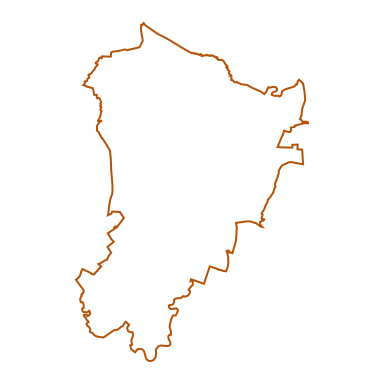 the district of Reghin, Mures, Romania
{"feature_id": "2599482B84925719631969", "entity_name": "Reghin", "entity_type": "district", "adm_level": 2, "iso_a3": "ROU", "parent_name": "Romania", "parent_adm1": "Mures", "projection": "albers", "projection_center": [24.684, 46.767], "detail": "fine", "context": "isolated", "style": "outline", "palette": "amber", "viewbox_px": 384, "rotation_deg": 0, "n_neighbors": 0, "source": "geoboundaries", "source_scale": "gbopen_adm2", "svg_char_len": 5844}
<svg xmlns="http://www.w3.org/2000/svg" viewBox="0 0 384 384"><path d="M156.1,353.5L155.9,350.5L156.2,349.1L158.3,346.4L160.0,345.7L161.8,345.5L164.3,345.9L168.0,346.0L169.4,345.6L170.3,344.5L170.3,342.4L168.5,338.4L168.3,337.1L168.4,336.0L169.3,335.0L170.9,334.8L170.9,331.1L169.9,328.6L169.7,327.3L169.7,325.8L170.1,323.7L171.3,319.0L172.2,317.4L172.6,315.9L173.2,315.4L175.8,315.4L177.7,311.4L177.8,310.5L177.5,309.3L176.1,308.3L172.4,309.1L170.6,309.0L168.8,306.9L168.8,306.1L169.1,305.4L169.9,305.0L171.9,304.8L172.9,304.3L174.1,302.1L174.1,299.7L175.0,298.9L177.3,298.2L180.2,298.2L182.1,297.2L183.2,296.1L185.0,296.6L187.4,295.9L188.8,294.8L189.8,292.7L189.9,291.3L189.8,290.7L188.6,289.7L190.5,287.2L192.8,284.8L192.7,281.0L192.4,280.2L190.6,281.1L191.0,279.2L203.9,283.8L209.8,266.4L218.1,269.1L218.4,269.6L219.0,269.9L221.4,270.1L222.4,270.8L226.1,271.3L227.8,266.8L228.3,263.5L228.2,257.2L227.4,253.7L226.5,251.0L227.7,250.5L228.6,250.8L229.1,251.2L229.0,252.4L229.2,252.6L229.6,252.7L230.3,252.3L232.4,253.2L235.8,241.5L236.3,236.2L236.8,227.4L236.0,222.9L246.6,221.4L250.1,221.4L256.3,223.3L260.7,226.6L262.1,226.9L261.3,226.1L260.3,224.5L260.1,222.0L260.9,221.7L262.0,220.7L263.3,220.7L263.7,220.3L264.2,219.4L263.2,218.9L262.2,219.4L261.6,218.6L261.6,218.1L262.7,214.6L261.8,213.9L261.6,213.4L264.5,208.7L265.0,207.0L265.7,205.3L267.3,202.4L268.0,199.4L269.8,197.8L273.3,192.4L274.1,189.5L274.8,187.6L275.5,186.7L275.4,185.6L275.0,184.9L275.2,182.8L276.0,180.9L276.5,180.6L276.4,180.2L277.9,176.3L277.6,176.0L277.7,175.6L278.6,174.1L278.8,170.8L281.0,166.7L282.2,165.3L289.0,162.3L290.6,162.0L303.1,164.3L302.2,149.7L297.5,149.3L297.6,144.6L292.4,144.8L292.3,147.6L281.7,147.4L277.6,147.0L282.0,136.3L282.8,135.2L283.0,134.1L283.6,133.0L283.6,131.4L284.0,130.6L287.3,131.7L289.9,132.1L290.4,131.7L290.7,130.7L291.2,130.4L290.8,127.5L294.4,127.0L294.5,126.3L295.4,126.1L295.3,125.5L304.4,123.2L308.0,123.2L307.9,122.3L305.6,121.5L302.5,121.9L301.3,119.9L300.0,119.3L301.5,115.1L302.2,108.7L305.2,100.2L304.4,90.9L303.2,84.3L302.7,83.6L302.9,83.4L299.1,79.7L297.6,81.4L297.5,83.1L296.8,84.5L296.0,84.3L295.4,85.5L293.8,86.7L286.2,89.0L284.2,89.8L282.1,91.4L281.5,94.5L280.6,95.8L279.4,96.5L278.1,95.8L274.7,95.9L271.8,94.9L271.7,94.0L272.2,92.8L273.4,92.0L276.0,91.3L277.0,90.0L276.9,88.7L275.8,87.2L275.3,87.0L273.1,86.9L269.4,87.7L268.3,87.3L266.6,91.0L264.3,94.1L260.7,91.5L252.7,88.0L248.8,86.1L247.5,85.0L240.9,84.2L239.1,83.1L237.6,82.6L236.9,81.9L236.2,82.3L234.9,82.4L232.4,80.1L231.4,80.2L231.2,79.7L231.6,78.0L231.1,76.7L231.3,75.9L230.1,75.8L230.7,75.2L230.6,74.7L229.2,73.7L228.9,72.9L228.9,72.4L229.4,71.8L229.4,71.1L227.7,69.9L227.5,69.5L227.8,68.6L226.2,67.4L226.3,67.1L227.4,66.8L227.4,66.2L226.7,65.3L225.4,64.4L223.9,61.5L223.0,60.6L221.2,59.7L219.0,60.0L218.0,59.7L217.6,59.4L217.6,58.9L217.0,58.4L217.6,58.2L217.2,57.2L216.7,57.1L216.1,57.6L215.3,56.7L214.3,56.8L213.4,55.7L212.3,55.8L211.8,55.3L211.1,55.3L210.3,55.9L209.9,55.5L209.0,55.7L208.7,55.3L207.3,55.3L206.6,54.7L205.7,55.4L203.0,55.5L202.8,56.0L202.1,56.1L201.8,56.0L202.1,55.5L201.9,55.1L201.4,55.1L201.1,54.6L200.7,54.7L200.4,54.2L199.6,54.8L199.4,54.4L198.1,54.6L197.6,54.0L196.1,53.8L195.9,53.4L194.8,53.9L194.1,53.2L191.4,53.0L184.3,49.1L167.5,38.9L157.5,33.8L145.8,25.6L144.7,24.6L143.7,23.1L143.4,23.0L142.4,25.1L141.2,24.9L141.1,27.2L140.9,28.4L141.6,34.1L142.8,40.6L139.5,47.2L128.1,50.0L127.3,50.1L124.5,49.5L119.3,50.8L112.2,51.8L111.2,52.6L110.8,56.6L102.0,56.4L101.8,57.9L101.4,58.3L100.2,57.5L99.2,58.0L98.8,59.3L97.9,61.2L95.7,62.7L95.9,63.6L97.6,64.3L97.0,65.9L95.5,67.1L94.4,69.5L92.8,71.2L91.6,73.1L89.9,74.3L89.2,74.3L88.5,74.8L88.5,75.7L89.1,76.7L89.3,77.6L87.4,79.0L86.9,81.0L86.5,81.3L84.9,81.3L84.6,81.7L84.8,83.9L83.4,85.2L86.4,86.2L86.4,86.5L92.7,88.1L93.4,90.2L94.2,94.9L96.8,94.9L96.7,97.2L97.0,98.1L97.5,98.5L98.7,97.8L99.1,98.0L99.8,98.9L100.7,101.0L101.1,102.3L100.4,103.4L100.9,104.2L100.9,105.0L100.5,105.1L100.2,106.1L101.0,106.8L101.3,107.8L100.6,108.5L100.5,110.0L101.6,110.8L101.1,112.0L100.6,115.1L99.4,118.3L98.0,120.4L98.1,121.1L98.7,121.2L102.1,120.5L100.4,121.5L99.0,122.7L97.3,125.3L96.9,126.9L97.0,128.9L96.9,130.5L99.1,132.5L99.5,134.2L100.7,135.9L101.6,137.9L102.1,138.0L106.4,144.5L109.0,148.9L109.6,150.1L110.1,151.8L110.8,158.8L111.2,170.1L112.4,184.4L112.5,191.5L112.2,193.7L110.5,198.8L109.2,205.7L108.2,214.1L107.9,215.2L111.4,213.7L112.2,211.6L119.9,212.0L123.9,217.9L116.8,227.4L115.8,226.3L115.5,226.5L114.1,227.5L114.9,228.6L107.8,233.3L111.0,238.7L113.7,241.8L107.5,247.0L111.2,252.7L108.5,256.3L107.0,259.8L106.3,259.6L100.7,263.1L98.4,264.1L101.2,266.5L97.2,270.7L97.3,271.1L96.2,271.8L94.1,274.5L91.8,274.0L90.3,272.7L82.5,269.1L81.3,271.4L80.6,273.9L79.7,276.1L78.6,277.5L76.0,279.8L83.6,290.2L83.7,290.7L83.6,292.4L83.0,293.2L81.9,293.8L81.5,294.5L81.4,295.2L81.8,295.3L81.8,295.6L80.5,297.8L80.2,299.7L80.7,302.0L81.3,302.4L82.6,302.2L83.2,303.2L83.6,304.8L83.8,307.7L82.2,308.6L82.0,309.4L82.7,311.4L83.6,312.0L87.3,312.3L87.8,312.1L88.7,310.8L89.1,310.7L89.5,311.1L90.2,313.0L90.2,313.9L88.3,315.8L87.3,316.1L86.7,314.8L85.3,314.6L84.1,314.7L83.8,315.1L83.8,315.8L85.5,317.7L86.8,320.1L88.5,321.6L88.5,322.1L87.0,323.2L86.6,323.7L86.5,324.3L87.0,325.4L89.4,327.4L90.0,328.4L90.3,330.1L89.8,331.6L90.6,332.4L92.5,332.9L93.3,334.1L94.9,335.6L96.9,336.5L103.0,337.5L104.8,336.6L114.0,330.2L117.8,329.6L121.1,326.8L122.7,326.2L124.7,322.9L125.8,321.7L129.1,324.9L127.3,327.3L127.3,328.6L128.0,330.9L128.8,331.5L130.3,332.1L132.6,332.3L132.8,333.0L133.0,334.7L132.8,336.6L131.3,340.2L131.3,341.2L132.1,344.5L131.7,345.0L130.2,345.3L131.3,349.4L131.5,349.4L135.1,352.3L137.3,349.6L138.5,349.0L140.0,348.9L141.7,349.2L143.3,350.2L144.3,352.0L145.9,358.0L146.8,359.5L148.8,360.9L151.2,361.0L153.2,360.2L154.8,358.6L155.6,356.9L156.1,353.5Z" fill="none" stroke="#b45309" stroke-width="2"/></svg>